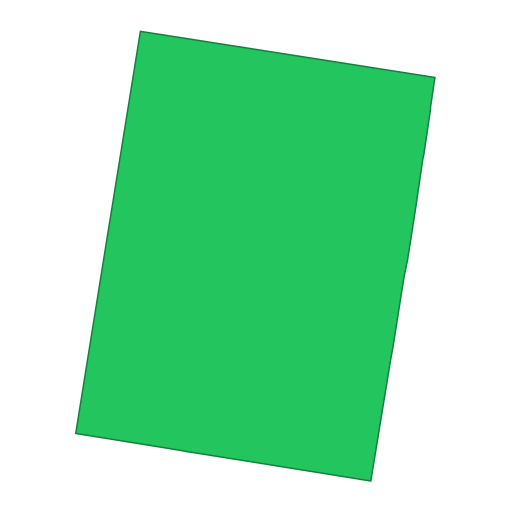 Uinta, Wyoming, United States of America, rotated 279°
{"feature_id": "52423323B13546704398274", "entity_name": "Uinta", "entity_type": "district", "adm_level": 2, "iso_a3": "USA", "parent_name": "United States of America", "parent_adm1": "Wyoming", "projection": "natural_earth1", "projection_center": [-110.653, 41.287], "detail": "fine", "context": "isolated", "style": "filled", "palette": "green", "viewbox_px": 512, "rotation_deg": 279, "n_neighbors": 0, "source": "geoboundaries", "source_scale": "gbopen_adm2", "svg_char_len": 414}
<svg xmlns="http://www.w3.org/2000/svg" viewBox="0 0 512 512"><g transform="rotate(279 256 256)"><path d="M52.0,274.3L51.7,404.6L172.9,405.2L187.5,405.5L259.2,405.5L275.2,406.3L326.4,406.2L377.5,405.6L382.8,405.9L428.7,405.4L430.3,405.1L460.3,404.8L459.8,106.7L242.8,106.1L52.5,105.7L52.5,113.0L52.2,209.5L52.0,218.3L52.0,256.7L52.0,274.2L52.0,274.3Z" fill="#22c55e" stroke="#15803d" stroke-width="1.5"/></g></svg>